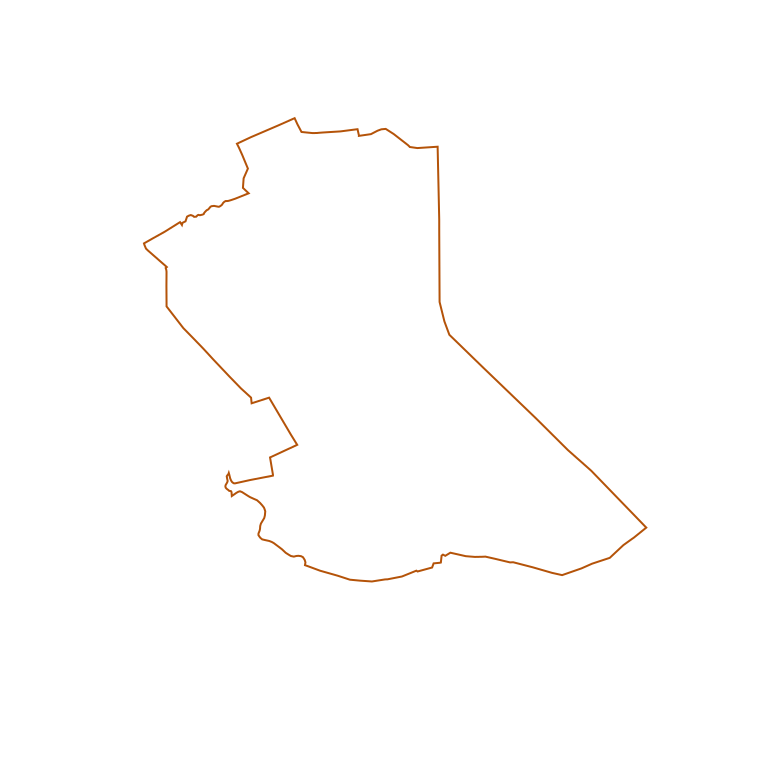 Seleus, Arad, Romania (Mercator projection), rotated 230°
{"feature_id": "2599482B93238774632667", "entity_name": "Seleus", "entity_type": "district", "adm_level": 2, "iso_a3": "ROU", "parent_name": "Romania", "parent_adm1": "Arad", "projection": "mercator", "projection_center": [21.739, 46.383], "detail": "fine", "context": "isolated", "style": "outline", "palette": "amber", "viewbox_px": 768, "rotation_deg": 230, "n_neighbors": 0, "source": "geoboundaries", "source_scale": "gbopen_adm2", "svg_char_len": 2758}
<svg xmlns="http://www.w3.org/2000/svg" viewBox="0 0 768 768"><g transform="rotate(230 384 384)"><path d="M645.1,486.4L649.9,469.7L658.6,440.8L660.6,433.3L662.6,425.8L658.3,424.8L650.5,422.6L636.5,418.2L631.8,408.7L628.0,405.0L624.9,402.0L617.1,402.9L621.6,389.1L623.2,385.0L624.3,382.5L625.0,381.4L625.9,380.4L626.2,379.1L626.2,378.2L626.1,377.1L625.7,375.9L625.4,374.7L625.5,373.2L625.7,371.9L626.2,371.1L629.7,368.3L631.1,366.1L631.3,365.0L630.7,361.6L631.1,359.9L631.0,358.6L630.9,357.7L630.6,356.1L630.1,355.3L630.3,354.1L631.6,351.5L632.8,350.6L633.1,349.7L632.9,347.7L634.1,346.0L635.7,345.7L637.6,344.6L638.4,342.7L638.8,340.7L636.2,336.5L637.0,333.2L635.7,331.4L639.1,331.8L641.6,313.9L644.2,300.3L646.0,290.5L644.3,289.8L640.7,288.7L637.8,289.0L613.2,292.8L613.2,291.3L611.4,290.6L609.7,289.5L598.9,280.3L587.9,271.2L585.6,269.3L583.2,267.3L555.8,266.2L542.9,267.2L527.3,268.3L512.3,269.0L489.0,270.4L472.5,271.6L460.6,273.2L459.0,273.4L454.3,270.2L447.4,287.2L404.9,280.1L393.2,278.4L401.0,249.5L385.7,240.5L385.2,240.0L396.5,219.7L403.7,205.9L404.7,205.0L406.6,204.6L408.3,204.8L410.6,205.5L413.8,207.1L415.6,207.9L415.0,206.9L414.8,205.5L414.4,204.2L412.5,203.1L410.2,201.9L409.4,200.6L408.4,197.8L407.7,196.8L406.4,196.1L405.1,196.1L403.9,196.3L402.9,196.6L401.7,196.7L400.3,197.9L399.2,197.7L396.0,195.4L395.7,198.5L395.5,201.0L395.1,203.1L394.4,204.7L392.4,205.8L386.3,207.7L383.6,208.6L379.4,210.6L376.6,212.0L372.6,212.6L369.4,212.7L366.5,212.6L365.0,212.1L362.8,211.2L359.9,208.3L358.3,206.1L356.2,200.0L354.8,197.9L352.7,195.9L352.1,195.1L351.5,194.3L350.2,191.8L349.0,190.7L347.5,190.5L345.6,190.4L343.3,190.8L341.0,192.5L337.5,195.2L335.1,196.5L333.0,197.3L323.0,199.6L317.9,200.2L314.1,201.4L312.1,202.1L309.7,204.0L308.6,206.3L307.4,208.0L305.4,209.8L303.4,210.6L300.3,210.2L297.9,209.2L296.0,207.0L293.0,208.8L282.1,215.0L266.9,225.3L256.0,232.1L248.9,239.1L240.5,247.8L233.5,259.4L232.2,261.0L225.0,274.0L220.2,288.8L218.8,289.2L212.5,302.9L214.7,306.7L211.2,311.8L210.7,312.8L215.5,317.8L215.4,319.5L213.0,320.5L212.1,326.4L199.5,336.0L193.1,342.5L188.5,348.2L186.6,350.7L178.7,356.7L166.3,365.9L164.4,368.4L148.0,380.1L131.2,391.4L123.1,397.6L115.8,416.8L112.6,427.9L105.7,445.2L106.7,463.8L105.9,474.6L105.7,476.5L105.4,492.6L144.8,489.8L184.3,487.0L215.2,482.4L237.3,480.4L259.3,478.4L331.9,470.6L347.5,469.0L369.1,466.8L379.7,465.7L393.1,470.5L411.1,479.3L464.8,523.9L474.6,532.1L503.0,554.9L531.3,577.6L543.3,561.2L549.0,556.1L549.7,556.1L551.6,555.9L569.3,552.1L578.3,549.3L580.8,545.7L582.2,541.8L583.8,534.6L590.2,524.3L590.4,524.5L596.2,527.5L596.8,526.6L605.5,513.0L615.9,498.9L618.0,496.0L619.3,494.1L622.0,490.7L626.8,486.0L630.1,482.8L638.5,484.6L645.1,486.4Z" fill="none" stroke="#b45309" stroke-width="2"/></g></svg>